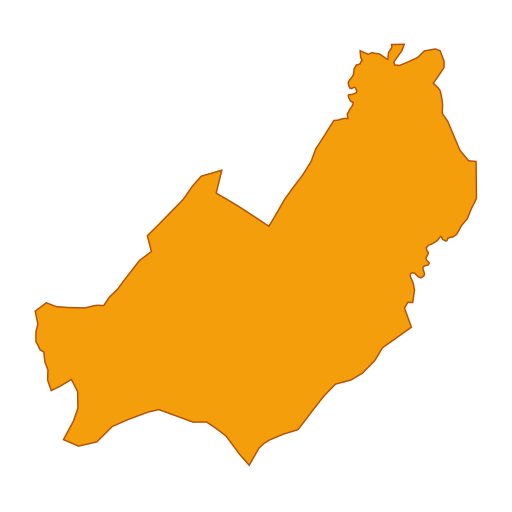 the district of Warri South, Delta, Nigeria, rotated 269°
{"feature_id": "59680162B21053239387442", "entity_name": "Warri South", "entity_type": "district", "adm_level": 2, "iso_a3": "NGA", "parent_name": "Nigeria", "parent_adm1": "Delta", "projection": "mercator", "projection_center": [5.662, 5.624], "detail": "fine", "context": "isolated", "style": "filled", "palette": "amber", "viewbox_px": 512, "rotation_deg": 269, "n_neighbors": 0, "source": "geoboundaries", "source_scale": "gbopen_adm2", "svg_char_len": 2464}
<svg xmlns="http://www.w3.org/2000/svg" viewBox="0 0 512 512"><g transform="rotate(269 256 256)"><path d="M125.0,48.9L129.1,57.6L135.8,69.3L123.5,75.3L106.9,75.3L94.0,70.5L75.8,60.3L69.0,75.2L72.9,93.6L88.1,109.4L94.8,125.4L98.6,136.2L101.9,145.6L104.1,156.1L98.1,171.9L91.0,190.1L90.9,203.6L84.8,212.4L76.7,222.8L57.4,236.6L46.9,245.6L63.7,255.5L68.4,260.6L71.9,266.5L77.4,280.2L81.7,295.0L88.5,300.4L89.7,301.4L100.7,310.0L115.0,321.6L126.5,333.2L130.4,348.8L137.1,360.5L149.6,373.1L162.0,380.8L182.1,410.1L201.2,403.6L207.0,406.9L206.8,411.9L219.3,413.9L225.8,412.8L233.3,409.8L235.2,410.1L236.6,411.3L236.1,414.2L232.3,418.0L231.3,420.4L232.9,423.4L235.1,424.2L240.4,422.7L241.8,422.7L243.0,424.0L244.1,428.1L246.1,429.1L249.1,426.4L250.9,425.8L254.7,428.0L256.5,428.4L258.1,427.1L261.3,426.3L263.7,428.6L265.4,432.9L268.2,437.5L272.3,440.8L271.9,441.8L269.4,442.8L267.7,445.8L268.0,447.2L270.3,448.1L271.3,450.5L271.6,453.3L274.2,457.0L283.2,462.3L289.6,467.9L299.9,472.3L309.5,477.4L346.7,477.7L347.5,470.2L358.4,461.6L359.2,461.3L387.2,450.1L395.4,444.7L403.8,445.2L407.7,444.9L414.2,443.8L417.8,443.1L420.7,441.3L425.6,436.3L432.5,441.3L441.2,447.3L447.7,447.4L458.1,443.6L459.9,438.8L458.1,427.9L451.6,421.1L446.9,410.3L444.1,403.1L444.5,398.1L447.6,397.1L458.2,405.1L465.1,408.0L465.1,400.4L465.1,395.2L463.1,395.5L462.2,395.4L456.9,392.0L450.3,391.3L450.6,390.4L451.9,388.5L453.7,386.1L455.8,383.1L456.3,380.4L456.7,377.7L457.2,376.3L457.1,374.9L455.9,372.3L455.8,371.5L459.4,363.7L453.1,364.1L450.7,364.9L449.6,365.6L448.9,364.5L446.4,363.5L446.2,362.7L445.3,361.6L445.4,359.8L441.8,357.5L435.4,356.5L432.4,354.5L430.8,352.8L427.6,351.2L424.9,351.6L422.1,352.9L421.7,354.5L422.9,356.7L422.8,358.0L419.0,359.8L417.3,358.9L415.8,354.6L415.6,351.6L414.8,351.0L412.3,351.6L409.1,353.3L407.7,355.9L404.9,355.2L401.1,352.4L396.1,349.7L391.8,350.2L392.1,346.9L391.5,344.1L390.4,340.2L390.1,336.2L376.3,327.2L362.0,317.6L355.6,315.1L349.6,312.8L336.2,304.1L322.8,293.5L312.3,285.7L297.9,277.1L285.5,269.4L295.0,255.6L306.3,238.9L315.3,224.3L319.6,217.3L342.4,223.3L336.7,202.5L327.1,193.8L313.7,184.1L301.3,171.5L289.8,159.9L278.1,147.7L262.3,151.5L253.5,139.4L232.5,122.5L225.4,117.2L217.4,108.6L209.1,102.9L209.5,96.8L209.2,93.5L207.1,84.4L207.7,67.8L208.9,55.2L212.9,45.5L204.7,34.3L191.7,36.7L184.0,34.6L174.3,34.5L169.7,36.8L166.1,38.4L163.8,42.1L153.4,43.2L145.6,46.0L135.6,45.5L125.0,48.9Z" fill="#f59e0b" stroke="#b45309" stroke-width="1.5"/></g></svg>